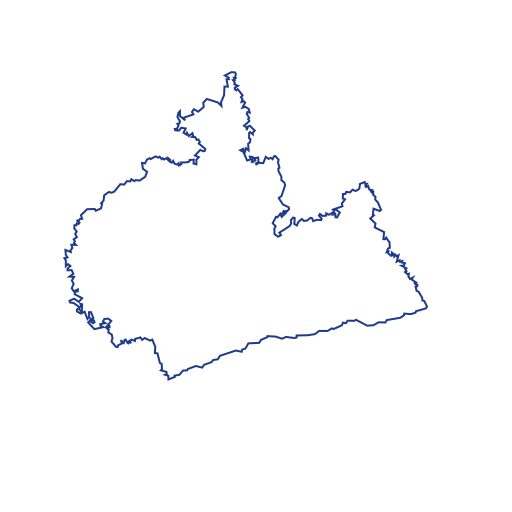 the district of O.R.Tambo, Eastern Cape, South Africa, rotated 29°
{"feature_id": "47623444B2401151093158", "entity_name": "O.R.Tambo", "entity_type": "district", "adm_level": 2, "iso_a3": "ZAF", "parent_name": "South Africa", "parent_adm1": "Eastern Cape", "projection": "albers", "projection_center": [29.004, -31.416], "detail": "fine", "context": "isolated", "style": "outline", "palette": "blue", "viewbox_px": 512, "rotation_deg": 29, "n_neighbors": 0, "source": "geoboundaries", "source_scale": "gbopen_adm2", "svg_char_len": 6123}
<svg xmlns="http://www.w3.org/2000/svg" viewBox="0 0 512 512"><g transform="rotate(29 256 256)"><path d="M148.6,105.6L145.3,107.2L141.3,113.2L145.6,113.2L146.6,114.5L144.5,115.7L149.3,121.5L146.3,123.1L150.1,130.8L150.9,138.6L153.0,141.5L148.2,140.2L136.8,142.5L135.6,147.5L138.0,151.0L135.5,157.8L130.5,157.7L130.2,161.1L132.6,162.5L125.6,170.2L128.2,171.7L121.6,170.4L119.3,166.2L118.7,168.2L119.8,172.4L124.3,175.2L124.7,176.9L123.2,178.5L124.8,179.0L125.3,182.7L123.4,184.3L124.3,185.2L127.8,183.7L128.5,180.0L132.6,178.6L132.9,183.3L136.3,183.5L135.9,181.7L139.1,183.7L140.9,179.4L142.9,181.4L142.3,182.8L145.3,181.5L147.8,183.2L149.1,182.0L151.6,183.5L151.4,185.4L159.7,186.9L160.3,188.7L159.3,189.9L155.8,190.3L153.9,197.7L158.1,197.3L157.2,200.6L159.4,204.7L156.5,205.4L154.9,201.9L151.4,204.2L151.8,205.8L150.1,207.6L145.2,210.5L146.2,211.9L144.8,214.2L143.3,212.3L142.6,214.3L140.3,214.8L137.4,213.0L137.3,215.1L135.3,215.3L134.5,213.6L131.8,213.0L132.8,214.7L130.0,214.0L128.8,216.2L127.1,215.7L126.6,217.0L123.6,215.8L122.9,217.4L119.9,217.5L116.9,222.3L115.6,222.0L113.9,224.5L114.0,228.8L111.2,229.9L114.9,234.6L119.9,235.2L120.7,240.4L117.7,246.4L113.9,248.0L113.4,249.5L109.7,249.3L109.9,251.7L106.8,253.1L106.1,257.4L102.5,259.0L100.8,268.4L99.0,270.7L96.3,271.3L93.8,276.5L95.8,281.5L95.0,284.8L96.0,284.7L97.4,289.5L93.9,294.1L92.1,293.1L85.6,297.0L83.1,305.2L85.9,307.7L84.1,308.8L83.9,311.1L81.8,311.6L85.5,312.5L85.3,313.9L83.4,314.3L84.1,316.1L82.3,317.1L83.7,320.0L87.3,321.5L87.2,324.4L90.2,326.4L88.5,329.8L90.5,331.0L90.5,332.9L93.1,333.6L89.1,335.7L91.5,338.0L91.0,341.2L92.1,342.3L86.4,343.1L89.1,347.2L91.8,348.6L89.5,350.8L91.8,352.0L94.6,357.1L95.5,354.3L98.5,354.7L97.3,358.5L98.1,359.9L101.6,357.7L104.9,360.2L102.8,364.5L107.0,362.5L106.8,366.7L110.0,368.7L110.5,373.6L113.7,375.2L116.4,371.6L117.2,373.3L115.0,375.2L115.9,377.3L124.4,377.2L123.2,382.0L117.7,381.5L114.6,385.5L115.8,386.8L119.5,385.5L126.7,386.4L127.6,384.8L125.7,383.0L127.3,382.5L130.8,389.5L126.3,387.9L125.3,389.6L126.4,391.3L130.6,391.3L133.1,387.8L139.1,392.8L139.6,390.2L137.2,386.1L138.9,385.1L143.9,389.2L143.5,391.0L141.7,390.9L142.1,392.3L145.6,391.0L146.9,392.2L146.0,393.8L142.0,393.3L141.4,395.5L150.1,398.3L157.0,392.2L153.7,392.3L152.8,391.1L156.8,387.8L153.9,387.6L153.9,384.6L157.2,382.4L160.9,383.0L159.7,389.4L161.7,388.2L162.5,389.4L160.1,391.4L163.0,392.0L163.8,394.4L168.0,394.7L170.3,397.4L171.1,400.9L177.6,403.3L179.1,402.7L178.7,400.9L181.4,397.2L178.4,395.3L182.5,396.1L181.7,393.3L182.5,392.3L185.1,393.9L186.0,392.6L186.7,395.1L187.1,391.9L189.2,392.9L186.6,391.4L187.8,389.4L191.3,389.0L190.5,387.1L194.3,383.3L197.1,384.6L198.4,381.7L204.4,381.3L205.8,379.4L212.0,384.3L214.6,389.9L217.0,388.9L223.7,396.1L225.8,396.1L228.6,400.5L228.2,402.1L233.8,400.8L235.3,402.6L234.2,403.9L237.4,403.3L239.3,406.4L243.6,401.1L242.8,400.1L246.6,397.0L247.7,391.6L251.1,389.5L251.2,387.9L256.8,381.3L263.0,379.7L263.3,376.4L268.7,370.2L268.9,367.8L272.7,364.8L272.9,360.7L284.3,348.4L289.9,346.7L289.3,344.5L291.6,342.1L291.7,336.1L300.9,330.4L301.0,327.0L305.2,321.6L304.8,320.6L312.2,317.0L318.9,315.7L321.5,312.2L329.2,309.2L331.0,307.6L330.1,305.8L339.7,300.2L345.4,295.8L347.6,290.9L354.9,286.9L357.5,282.5L359.3,282.2L364.7,275.0L364.4,272.1L367.2,271.2L367.5,268.2L373.4,265.0L374.4,263.3L387.1,263.0L392.3,259.6L395.3,254.6L401.4,251.4L401.5,248.6L412.1,240.1L414.2,236.1L413.6,234.5L419.7,231.7L423.0,228.2L422.7,226.7L429.8,219.7L430.2,217.5L428.6,216.2L424.8,213.7L423.1,214.2L421.5,211.9L415.5,208.4L413.3,208.6L410.5,205.6L411.6,204.5L411.1,202.9L409.2,203.5L408.0,202.9L408.9,201.6L403.3,201.0L403.5,199.0L401.8,201.4L399.2,200.0L398.3,197.4L397.3,198.4L394.1,197.8L394.9,196.2L392.9,195.1L393.4,193.9L388.2,193.9L389.9,192.6L389.8,190.1L386.6,191.0L386.3,189.5L384.6,191.2L383.7,190.1L381.8,192.7L380.3,186.3L379.2,188.1L377.5,187.3L377.2,189.4L375.7,187.5L373.2,187.1L374.8,189.5L374.0,190.4L370.0,189.4L369.6,187.9L368.4,189.2L367.9,185.3L369.1,184.0L366.2,179.4L360.9,176.8L360.8,178.7L359.2,179.5L356.5,173.0L345.9,173.4L344.8,169.7L337.8,167.8L339.4,163.2L338.1,163.2L335.9,157.6L342.4,156.7L343.0,155.0L336.7,150.1L332.8,148.8L331.8,146.3L328.7,145.6L327.6,143.2L326.4,144.4L324.9,143.4L326.9,141.8L322.8,142.9L320.0,140.3L318.9,142.3L317.7,141.7L317.9,139.2L316.7,140.0L315.3,138.6L312.0,142.5L313.7,147.0L312.7,149.4L311.5,150.9L308.3,151.2L307.5,154.7L303.8,156.2L304.1,158.4L302.0,159.6L304.0,163.6L306.4,163.3L305.6,168.5L307.5,170.6L300.8,178.1L302.3,178.6L302.9,176.6L308.2,177.3L308.2,183.0L306.7,183.6L305.3,181.1L303.4,182.4L304.0,180.3L302.6,179.9L299.7,184.6L296.8,184.6L297.8,186.7L294.8,188.7L291.5,188.2L291.4,190.1L295.4,191.6L295.6,193.0L291.8,194.8L289.0,197.8L286.8,195.8L285.2,196.1L283.5,200.2L280.9,202.1L278.2,201.4L276.6,205.5L276.9,209.5L274.0,209.4L271.5,204.1L269.9,204.3L269.1,207.7L271.0,210.4L270.9,213.5L265.1,224.3L267.7,225.6L266.0,228.4L261.6,227.9L258.8,223.1L258.7,220.4L254.7,219.2L254.5,212.0L256.0,211.8L256.7,207.3L259.5,209.3L261.6,202.8L258.3,206.2L258.4,203.2L261.5,201.7L262.2,198.9L260.8,197.5L254.6,197.9L247.8,194.3L249.2,191.1L247.2,180.0L245.1,178.0L241.5,177.4L239.7,174.3L234.6,170.9L233.1,168.7L233.7,167.4L229.8,163.4L229.1,160.8L224.4,159.2L223.4,160.1L223.6,163.3L221.3,162.9L219.9,165.0L216.5,164.5L217.3,171.3L213.3,173.1L211.9,175.7L211.1,175.2L212.6,172.5L210.2,168.8L207.3,171.1L209.1,172.7L207.6,175.5L206.7,175.7L205.8,171.2L204.6,171.2L202.4,172.1L204.6,174.0L201.9,176.8L194.6,171.1L191.0,171.1L192.9,168.3L195.8,170.2L195.1,166.5L198.3,167.2L194.7,161.6L195.6,159.4L194.5,156.4L192.9,156.4L190.3,151.6L190.7,150.4L194.2,151.1L193.4,149.8L194.1,146.9L187.6,145.1L186.2,146.6L186.9,150.4L185.2,148.0L182.4,147.9L184.8,141.2L182.7,140.0L183.1,138.5L179.0,136.2L178.7,134.2L181.0,133.6L178.3,130.9L174.3,130.7L172.2,132.9L172.1,127.1L170.3,126.5L168.7,128.3L168.0,125.1L165.8,124.5L166.4,122.0L159.0,118.9L158.4,120.7L156.5,120.3L155.8,119.1L157.7,115.9L153.8,116.3L153.5,114.7L150.6,113.3L152.1,112.2L150.3,110.9L152.8,109.8L151.2,110.1L150.1,106.5L148.6,105.6Z" fill="none" stroke="#1e3a8a" stroke-width="2"/></g></svg>